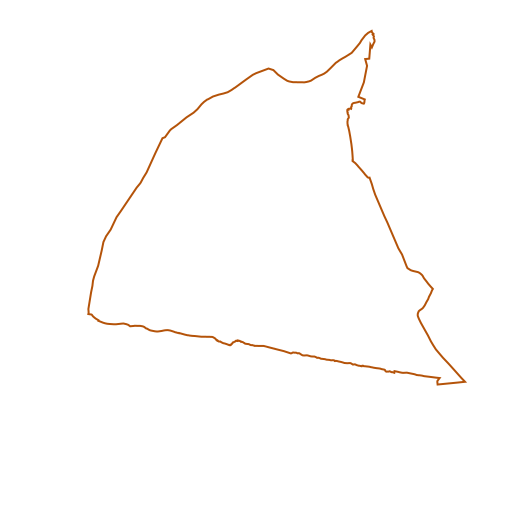 the district of C.A. Rosetti, Tulcea, Romania, rotated 253°
{"feature_id": "2599482B3415534167735", "entity_name": "C.A. Rosetti", "entity_type": "district", "adm_level": 2, "iso_a3": "ROU", "parent_name": "Romania", "parent_adm1": "Tulcea", "projection": "equal_earth", "projection_center": [29.531, 45.308], "detail": "fine", "context": "isolated", "style": "outline", "palette": "amber", "viewbox_px": 512, "rotation_deg": 253, "n_neighbors": 0, "source": "geoboundaries", "source_scale": "gbopen_adm2", "svg_char_len": 5993}
<svg xmlns="http://www.w3.org/2000/svg" viewBox="0 0 512 512"><g transform="rotate(253 256 256)"><path d="M74.6,419.1L79.4,416.7L87.0,413.2L95.2,409.4L97.7,408.2L104.1,405.0L109.2,402.8L114.1,400.7L119.2,399.3L123.3,398.3L129.8,397.2L136.1,395.8L143.9,394.1L148.4,393.4L151.0,393.2L152.0,393.3L153.4,393.8L154.3,394.4L155.6,395.5L156.1,396.5L157.1,399.6L157.7,400.7L159.5,403.0L162.1,405.5L163.2,406.7L164.4,408.0L166.4,409.5L169.3,412.4L171.1,413.8L172.2,414.8L172.8,415.5L173.9,415.0L175.7,414.1L179.1,412.6L181.6,411.7L185.2,410.3L186.2,410.0L188.2,409.6L189.3,409.2L190.8,408.3L191.8,407.6L192.9,406.6L193.4,405.9L195.6,402.1L196.3,401.0L197.2,399.8L200.1,397.3L202.2,397.0L214.7,396.1L218.8,395.1L221.8,394.4L239.4,392.5L249.7,391.4L256.6,390.4L279.9,387.9L285.8,387.7L290.7,387.8L293.2,387.7L297.7,387.5L297.7,387.0L298.0,386.5L298.3,386.1L298.7,385.7L299.0,385.6L302.4,384.0L303.1,383.8L306.4,382.4L310.8,380.4L311.0,380.3L311.4,380.1L312.7,379.6L315.8,378.1L318.6,376.1L318.9,376.2L318.8,376.3L318.9,376.5L319.3,376.6L323.9,377.7L327.9,378.6L331.0,379.2L334.9,379.9L342.5,381.0L348.4,381.7L352.8,382.0L354.2,381.9L354.4,382.1L355.4,382.1L357.9,382.8L358.7,383.3L359.4,383.5L359.9,383.7L360.2,384.0L360.8,384.8L361.2,385.2L362.1,385.4L363.2,385.6L363.9,385.6L364.9,385.3L366.1,385.4L366.5,385.7L367.2,385.5L367.5,385.6L368.6,385.9L369.2,386.2L369.5,386.8L369.6,387.5L369.3,387.6L369.6,387.8L369.4,389.1L369.3,389.7L369.0,390.0L369.6,390.4L370.0,390.3L370.7,390.6L371.0,391.0L371.3,391.4L372.4,391.7L373.0,392.2L373.3,392.6L373.6,393.2L373.7,393.8L373.7,394.7L373.5,395.9L373.3,398.7L373.4,399.4L373.3,400.4L373.1,400.7L371.6,401.5L371.2,401.9L371.0,402.2L370.8,402.6L370.2,403.5L370.2,403.8L371.0,404.4L371.6,404.7L373.1,405.3L373.9,405.8L378.3,400.4L390.5,409.9L405.4,417.8L412.4,418.0L411.6,422.0L424.7,427.2L421.6,427.8L424.6,430.3L426.3,432.0L428.0,432.5L430.3,432.2L431.6,433.0L433.6,432.3L434.0,433.3L435.1,432.7L436.1,432.3L437.4,432.4L436.6,428.5L435.0,424.9L431.5,420.0L429.3,417.6L426.7,413.7L422.3,406.9L420.3,399.5L419.7,396.6L418.8,393.0L418.0,390.8L417.4,388.8L413.9,382.3L411.5,377.6L410.5,374.5L410.1,372.1L409.8,368.7L409.1,364.8L407.6,359.8L407.5,357.2L407.6,356.5L407.6,355.7L407.9,353.2L411.4,342.2L413.2,338.8L414.4,337.1L417.5,334.4L423.1,330.0L428.7,327.0L431.6,322.8L430.8,309.6L430.2,305.9L427.7,298.3L423.1,285.1L423.0,284.5L421.9,281.1L420.9,276.8L420.9,272.4L421.2,267.7L421.1,261.5L419.9,256.0L419.9,255.1L418.6,251.4L417.0,248.2L413.5,242.9L411.3,238.2L408.9,230.1L404.3,218.7L402.1,212.0L401.2,210.3L396.2,203.7L396.0,201.0L384.0,190.0L367.9,175.8L363.6,170.9L359.9,167.2L359.2,166.3L356.3,161.9L338.5,139.9L333.9,134.0L323.7,124.7L318.7,118.4L314.0,114.2L306.1,109.9L292.8,102.2L283.8,95.3L280.0,92.9L275.2,90.8L269.5,87.7L254.3,80.2L250.8,79.4L249.5,78.7L248.1,81.6L247.6,81.9L246.1,82.4L244.3,83.5L242.9,84.5L240.6,86.6L240.1,86.3L239.8,86.7L236.9,90.3L235.7,92.1L234.7,93.9L233.8,96.1L232.2,100.3L231.6,102.4L230.6,107.7L230.2,109.5L228.7,112.1L227.5,113.7L225.6,115.1L224.8,118.9L224.8,119.3L223.0,124.9L221.8,127.2L220.9,128.3L218.8,129.8L218.3,130.7L217.0,131.8L215.9,133.0L215.2,134.2L213.5,137.4L212.7,139.3L212.4,140.6L211.9,143.9L211.7,146.3L211.5,147.6L211.2,148.9L210.8,150.2L210.3,151.2L209.8,152.2L207.8,155.1L206.6,156.6L206.1,157.6L205.5,158.3L205.1,159.4L204.9,159.9L204.5,160.0L204.3,160.8L201.6,165.0L200.2,167.4L199.8,168.5L199.4,169.1L199.0,169.9L198.8,170.5L198.4,171.3L197.2,174.5L196.5,176.1L194.7,180.3L192.6,187.1L191.4,190.5L190.7,191.4L189.9,192.1L189.6,192.3L189.0,192.9L188.6,193.0L187.7,193.5L187.3,193.5L187.0,193.7L187.2,193.8L186.9,194.3L186.5,194.6L185.6,195.0L185.2,195.3L184.8,196.2L184.7,196.8L184.3,197.1L183.3,198.0L182.2,199.2L181.5,200.5L180.3,202.2L178.8,204.1L178.9,204.3L178.6,204.8L178.2,205.1L178.3,205.6L178.3,205.8L178.4,206.2L178.9,206.6L179.0,206.7L179.0,207.3L179.3,207.7L180.0,208.4L180.1,208.6L180.0,209.1L180.0,209.3L180.2,209.8L180.3,211.0L180.6,211.5L180.8,211.9L180.8,212.3L180.7,212.5L180.4,212.7L180.2,213.2L180.4,213.3L180.6,213.4L180.7,213.6L180.7,213.8L180.6,214.0L180.2,214.5L179.9,214.7L179.8,214.8L179.8,215.1L179.6,215.4L179.6,215.6L179.2,215.9L179.0,216.1L178.7,216.6L178.5,216.8L178.2,216.8L178.2,217.0L177.9,217.6L177.1,218.6L176.5,219.0L176.3,219.2L176.1,219.5L175.4,219.9L175.2,220.2L175.0,220.7L174.6,221.5L173.9,223.2L173.5,223.7L172.8,224.4L172.2,225.2L171.8,226.6L171.2,227.3L170.9,228.0L170.5,228.3L167.7,237.1L161.0,248.0L156.9,254.8L153.3,259.9L152.7,260.8L152.6,261.6L152.9,262.8L152.8,263.5L152.4,264.3L152.1,265.3L151.8,266.1L150.9,267.2L150.6,267.6L150.6,268.4L150.3,269.0L148.2,270.7L147.4,271.5L147.0,272.4L146.4,274.4L146.2,275.5L145.7,276.5L144.1,278.9L143.7,279.7L143.5,280.3L143.3,280.8L142.9,282.0L142.7,282.6L142.2,283.2L141.7,283.8L140.7,284.7L140.6,285.6L140.3,286.2L139.6,287.2L138.9,287.9L138.6,288.4L138.5,288.8L137.8,290.3L137.3,291.5L136.9,292.2L136.3,293.0L135.2,295.8L134.5,296.9L134.2,297.6L133.9,299.0L133.7,299.5L133.4,300.1L133.1,300.4L132.5,300.6L132.4,300.8L132.4,301.7L131.7,303.1L131.1,304.0L130.5,305.1L129.9,306.2L129.0,307.6L128.2,308.8L127.9,309.1L126.8,311.9L126.2,314.3L125.9,315.1L125.5,315.5L123.8,317.0L123.7,318.0L123.5,318.8L123.1,319.5L122.4,320.1L121.0,322.2L120.7,323.1L120.2,323.8L120.1,324.2L119.7,324.7L119.6,325.0L120.0,325.6L119.8,326.2L119.6,326.5L119.4,326.6L119.1,326.9L119.0,327.2L118.7,328.0L117.2,331.5L116.7,332.5L116.2,333.2L115.9,333.8L115.4,334.8L114.8,335.8L113.4,338.7L112.9,339.9L112.5,340.8L112.4,341.0L111.9,342.0L111.2,342.9L109.8,345.5L109.5,345.8L109.2,346.0L108.4,346.1L107.9,346.3L107.3,346.8L107.1,347.7L106.7,349.0L106.7,350.1L106.2,350.7L105.3,351.6L105.1,352.4L103.9,354.1L105.4,354.8L103.5,358.3L102.9,359.2L101.6,361.6L101.1,363.0L100.8,364.3L100.3,366.2L98.6,369.3L97.0,372.3L96.2,373.6L95.1,375.0L94.9,375.6L94.4,376.7L94.1,377.6L93.0,379.9L92.0,381.5L89.8,386.5L87.3,392.0L85.6,395.9L83.5,393.0L82.7,392.6L80.0,392.1L76.1,411.4L74.6,419.1Z" fill="none" stroke="#b45309" stroke-width="2"/></g></svg>